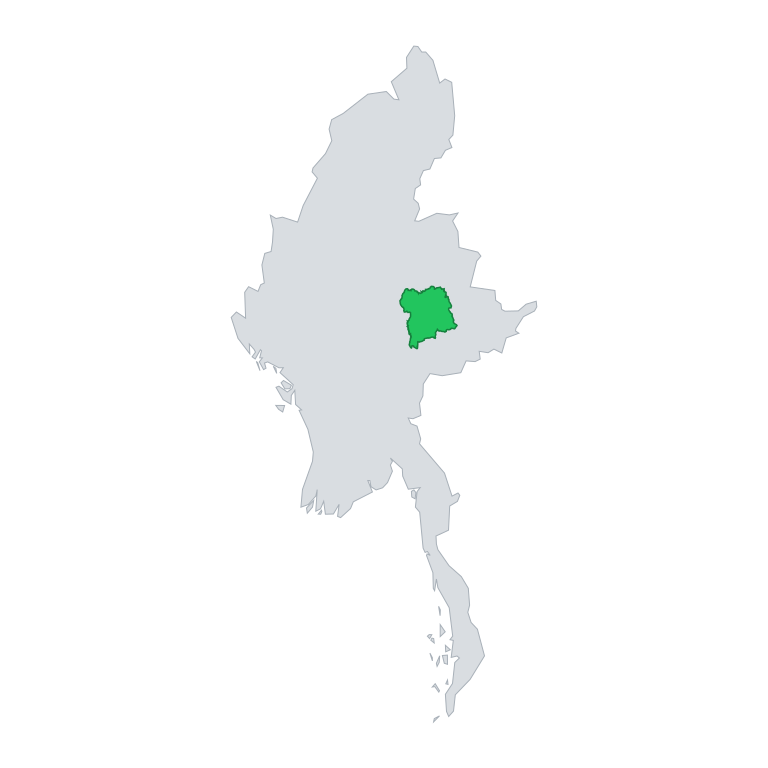 Loilen, Shan, Myanmar (highlighted)
{"feature_id": "60261553B60770274813160", "entity_name": "Loilen", "entity_type": "district", "adm_level": 2, "iso_a3": "MMR", "parent_name": "Myanmar", "parent_adm1": "Shan", "projection": "mercator", "projection_center": [97.755, 21.29], "detail": "fine", "context": "in_parent", "style": "filled", "palette": "green", "viewbox_px": 768, "rotation_deg": 0, "n_neighbors": 0, "source": "geoboundaries", "source_scale": "gbopen_adm2", "svg_char_len": 9401}
<svg xmlns="http://www.w3.org/2000/svg" viewBox="0 0 768 768"><path d="M501.8,353.0L493.9,349.1L488.1,352.7L479.2,351.3L480.2,359.1L475.1,361.6L466.1,360.9L460.8,372.7L442.2,375.7L430.0,373.6L423.3,384.0L422.9,395.9L419.5,403.1L420.9,415.4L413.0,418.7L408.2,418.0L410.8,423.7L417.0,426.1L420.7,438.9L419.5,443.8L444.5,473.1L452.0,496.1L458.0,493.0L459.8,495.3L457.4,501.4L449.7,506.0L448.5,530.2L436.0,536.0L436.4,544.0L437.9,549.7L449.0,565.7L461.3,576.6L468.3,588.3L469.6,605.2L467.8,612.3L471.1,622.5L477.4,629.2L484.5,655.9L470.1,679.4L455.3,694.8L453.5,711.1L448.7,716.5L446.5,711.4L445.4,694.3L452.5,683.5L454.8,662.5L459.4,658.0L457.0,656.0L451.2,657.4L453.3,640.4L450.0,639.7L452.7,636.1L449.2,607.7L437.9,587.7L436.4,579.0L434.6,590.7L433.3,588.4L432.9,572.7L426.5,555.4L427.1,553.9L430.2,555.4L427.4,551.5L425.1,552.4L423.1,548.1L419.7,512.2L415.4,507.1L417.1,491.6L420.2,487.6L408.3,489.2L402.7,476.1L402.3,468.9L390.4,458.0L392.4,461.4L390.4,465.0L392.4,471.2L387.5,482.6L382.6,487.8L376.1,489.9L371.0,486.7L369.9,480.6L367.8,480.5L372.4,492.0L353.3,501.8L350.5,508.6L340.6,517.6L337.6,516.4L339.1,504.3L333.4,514.0L325.4,514.2L323.7,501.3L320.5,508.8L315.8,511.2L317.2,489.6L315.9,495.9L308.3,504.5L300.9,507.2L302.5,489.4L312.5,461.3L313.3,452.0L307.9,429.3L299.1,410.3L301.6,409.9L295.6,404.5L294.8,390.3L291.3,395.4L290.9,404.2L283.2,399.7L276.0,387.3L278.9,386.2L287.3,392.0L292.0,388.7L293.2,384.7L280.0,372.6L283.3,367.7L279.0,367.8L267.7,361.9L264.5,363.0L266.0,368.2L263.6,369.6L259.3,361.8L262.4,357.9L259.7,357.8L261.5,350.8L260.4,349.7L255.2,359.0L252.1,356.8L255.5,352.1L254.1,349.4L249.3,344.0L249.8,353.8L238.0,338.4L231.2,317.4L236.4,312.0L245.6,318.2L244.7,292.3L248.6,286.7L258.0,291.4L260.7,284.7L264.3,283.0L261.9,265.0L264.8,253.4L271.1,251.5L272.5,242.1L273.3,229.3L270.3,215.1L276.0,218.5L282.5,217.2L297.6,222.1L303.2,205.5L317.4,178.2L312.1,171.9L313.0,168.0L325.5,153.6L331.8,140.7L329.1,129.1L331.7,119.6L343.1,113.5L367.9,94.2L386.3,91.5L393.9,99.1L398.9,99.8L391.3,81.7L406.9,68.2L406.5,57.4L413.8,46.1L417.9,46.5L421.7,52.0L425.7,52.0L432.9,60.3L439.7,83.1L445.0,79.0L451.7,82.3L454.7,115.7L452.9,135.1L448.8,139.5L451.9,147.5L445.4,150.3L440.9,157.9L434.4,158.5L429.9,169.0L423.4,170.6L419.8,178.7L420.6,184.9L415.3,188.5L413.6,199.1L418.2,203.3L419.6,208.9L414.7,220.8L418.8,221.3L436.8,213.3L449.4,214.9L458.0,213.0L452.6,221.0L457.9,231.5L459.0,247.5L477.8,252.1L480.9,256.1L476.7,261.1L470.2,286.9L494.9,290.5L495.7,300.4L500.9,304.0L501.6,309.4L505.0,311.2L518.3,310.9L526.1,304.2L536.2,301.2L536.8,306.8L534.5,311.0L523.4,316.7L515.9,328.4L515.5,331.0L518.9,333.2L506.2,337.9L501.8,353.0ZM283.5,380.5L291.4,385.2L289.9,388.7L284.9,388.9L281.1,382.8L283.5,380.5ZM440.2,624.6L445.2,631.8L440.2,636.6L440.2,624.6ZM282.7,412.0L278.6,409.3L275.8,405.4L284.6,405.5L282.7,412.0ZM447.4,655.1L447.5,664.3L444.3,663.3L442.4,655.5L447.4,655.1ZM312.5,507.1L307.3,513.2L306.5,508.0L313.7,500.5L312.5,507.1ZM415.1,498.8L411.8,497.0L411.4,491.4L413.9,489.9L415.9,492.6L415.1,498.8ZM437.1,666.4L436.4,663.3L439.7,655.8L439.2,662.4L437.1,666.4ZM435.2,683.7L439.5,690.7L438.8,692.1L434.8,686.6L432.3,687.0L435.2,683.7ZM450.3,649.8L445.7,651.8L445.4,645.3L450.3,649.8ZM439.5,715.9L433.6,721.9L434.3,718.6L439.5,715.9ZM257.8,362.8L260.0,370.7L256.3,361.4L257.8,362.8ZM440.3,609.9L440.1,615.7L438.6,606.3L440.3,609.9ZM275.9,368.4L276.7,373.4L273.3,366.3L275.9,368.4ZM434.2,643.0L430.8,640.2L432.0,638.1L433.7,638.6L434.2,643.0ZM431.8,634.7L429.6,638.6L427.4,636.2L429.2,634.6L431.8,634.7ZM432.3,657.6L432.4,660.9L429.9,653.1L432.3,657.6ZM320.7,514.2L318.3,514.1L321.5,510.2L321.8,511.6L320.7,514.2ZM448.0,684.4L445.8,683.8L447.5,680.0L448.0,684.4Z" fill="#d9dde1" stroke="#a8b0b8" stroke-width="1"/><path d="M446.2,331.1L446.2,330.9L446.5,330.4L446.5,329.9L446.7,329.7L447.5,329.5L448.1,329.6L448.8,329.8L449.1,329.8L449.4,329.6L450.3,329.4L451.0,328.5L451.4,328.6L451.7,328.3L451.8,328.2L452.3,328.4L453.0,328.4L453.4,328.6L454.5,328.8L454.7,328.7L455.0,328.4L455.3,327.7L455.8,327.1L455.8,326.9L456.3,326.5L457.0,325.6L456.8,325.2L456.4,324.7L454.9,323.9L454.2,323.4L453.6,322.7L453.6,322.4L453.4,322.2L453.3,321.9L453.5,321.4L453.4,320.7L453.7,320.4L453.5,320.2L453.7,319.7L453.3,319.1L453.0,318.2L452.7,317.7L452.7,317.3L452.5,317.2L452.2,316.8L452.2,316.5L452.0,316.2L452.3,315.8L452.0,315.0L452.2,314.4L452.2,314.2L451.6,313.4L450.8,313.2L450.4,312.6L450.1,311.8L449.8,311.8L448.8,310.0L448.6,309.2L448.7,308.3L448.9,308.1L449.6,308.0L450.0,307.8L450.9,307.9L451.5,306.0L451.2,305.6L451.2,305.4L451.0,305.0L450.9,304.5L450.3,303.6L450.1,303.0L449.5,302.3L449.2,301.8L448.9,301.0L449.0,300.2L448.9,299.6L448.7,299.2L448.4,299.2L448.3,298.9L448.2,297.6L448.0,296.7L447.4,296.6L447.3,296.8L447.1,296.8L446.7,296.6L446.4,297.0L446.1,297.0L445.7,297.4L445.4,297.4L445.3,297.0L445.1,296.9L445.2,296.7L445.6,295.8L445.6,295.5L445.8,295.5L446.3,295.1L445.9,294.7L445.8,294.4L445.9,294.2L446.1,293.0L446.0,292.4L445.7,292.1L445.4,292.2L445.2,292.0L444.9,292.0L444.8,291.8L444.5,291.8L444.4,291.6L444.2,291.6L444.0,291.3L444.3,291.2L444.1,290.9L444.2,290.6L443.7,290.1L443.7,289.9L444.2,289.8L443.9,289.1L444.0,288.8L442.7,289.1L442.1,288.8L441.9,289.1L441.7,289.2L441.3,288.4L441.0,288.3L440.4,287.3L440.2,287.1L439.7,287.4L439.1,287.5L437.2,287.8L436.9,288.0L436.4,287.9L435.6,288.8L434.5,289.1L434.5,288.3L434.4,288.0L434.4,287.6L433.8,286.8L433.2,286.5L432.4,286.5L431.8,286.3L431.4,286.5L431.1,286.5L430.7,287.1L430.3,287.2L430.2,287.7L430.1,288.0L429.6,288.5L429.3,288.5L429.0,288.7L428.9,288.7L428.6,288.6L428.3,288.8L428.2,289.1L427.7,289.3L427.4,289.2L426.8,289.5L426.7,289.4L426.4,289.4L426.5,289.5L426.2,289.7L425.9,289.6L425.5,290.2L425.3,290.2L425.3,290.5L424.8,291.1L424.6,291.0L424.3,291.3L423.4,291.4L423.1,290.8L422.8,290.9L422.6,291.1L422.4,291.4L422.0,291.7L422.1,292.1L422.3,292.1L422.3,292.5L422.0,292.5L421.4,292.0L421.6,292.6L421.4,292.8L421.2,292.8L420.8,293.4L420.5,293.4L420.4,293.2L420.1,293.3L419.6,293.0L419.2,293.1L418.8,292.7L418.5,292.8L418.4,293.1L418.2,292.4L417.5,292.3L417.6,292.1L417.4,291.9L417.3,291.7L417.0,291.6L416.8,291.1L415.5,291.0L415.2,290.8L414.9,290.9L414.7,290.3L414.4,289.9L413.5,289.2L412.8,289.2L412.1,289.0L411.7,289.2L411.2,289.6L411.3,289.6L411.1,289.8L411.0,290.0L411.0,290.6L410.5,290.5L410.1,290.1L409.7,290.5L408.8,290.4L408.6,290.2L408.2,290.3L408.2,289.6L407.6,288.8L406.9,288.9L406.5,288.8L405.7,289.1L404.9,290.1L404.6,290.9L404.3,291.3L404.3,292.0L404.2,292.4L403.7,292.8L402.7,293.9L402.4,294.9L402.0,295.5L402.2,296.3L402.0,297.0L401.9,298.2L401.7,298.6L401.0,299.1L400.9,299.6L400.7,299.6L400.6,299.8L400.6,300.0L400.0,300.6L400.0,301.3L400.2,302.5L400.3,303.8L401.0,305.3L401.4,305.7L401.7,306.4L402.1,306.7L402.6,307.2L402.8,307.1L403.1,307.3L403.2,307.6L403.5,307.7L403.6,308.0L404.0,309.3L404.0,310.2L403.8,310.4L404.2,311.9L404.8,312.1L405.4,311.8L406.0,311.9L406.4,311.7L406.9,311.2L407.2,311.6L408.0,312.5L409.4,312.1L409.8,312.1L410.1,312.6L410.5,312.8L410.4,313.3L410.6,313.9L410.5,314.4L410.7,314.9L410.5,315.7L410.6,316.1L410.4,317.1L409.8,317.9L409.3,318.9L409.1,319.1L409.0,319.4L409.1,320.1L408.5,320.6L407.9,320.9L408.1,321.0L408.1,321.3L407.9,321.4L407.9,321.6L407.6,321.4L407.7,321.8L407.3,322.4L407.3,322.6L407.4,322.9L407.2,323.0L407.2,323.3L407.4,323.2L407.4,323.4L407.3,323.6L407.5,323.7L407.5,323.9L407.6,324.1L407.5,324.6L407.7,324.8L407.6,325.2L407.9,325.5L407.8,325.8L407.6,326.0L407.8,326.0L407.7,326.1L407.8,326.5L408.0,326.6L408.1,326.9L407.8,327.1L408.0,327.3L408.1,328.1L408.4,328.1L408.5,328.4L408.4,329.0L408.5,329.3L408.2,329.3L408.0,329.1L408.0,329.4L408.1,329.8L408.6,330.1L408.7,330.9L408.9,330.9L408.9,331.0L409.0,331.1L409.1,331.3L409.2,331.8L408.9,332.0L409.0,332.2L409.0,332.6L409.4,332.6L409.5,332.8L409.2,332.8L409.3,333.0L409.1,333.2L409.0,333.8L409.4,334.4L409.7,334.5L409.9,334.7L410.3,334.5L410.5,334.3L410.5,334.7L410.8,335.3L410.7,335.6L411.0,335.9L411.1,336.4L410.9,336.3L410.7,336.6L410.9,337.0L410.8,337.6L410.6,337.9L410.7,338.2L410.5,338.4L410.6,338.6L410.5,338.9L410.4,339.0L410.2,340.7L409.7,341.9L409.9,342.5L409.6,342.9L409.5,343.5L409.5,344.1L409.2,344.9L409.7,345.5L410.1,346.6L410.7,347.4L410.9,347.4L411.1,347.9L411.5,348.0L411.7,347.5L411.7,347.1L411.9,346.7L412.0,346.4L411.8,346.1L412.0,345.8L412.4,345.8L412.7,345.7L413.1,345.8L413.8,346.3L413.8,346.8L413.9,347.0L415.9,348.1L416.4,348.5L417.1,348.6L417.4,348.4L417.4,347.7L417.6,347.3L417.4,346.7L417.5,346.5L417.2,346.5L417.1,346.3L417.5,345.9L417.8,344.3L417.8,343.5L417.7,343.0L417.8,341.9L418.0,342.0L418.7,341.8L419.0,342.1L419.3,342.1L419.9,341.7L420.8,341.7L421.0,341.5L421.8,341.4L422.9,340.8L423.1,340.5L424.1,340.3L424.1,339.6L424.2,339.4L424.2,339.1L424.5,338.7L425.4,338.5L426.4,338.2L427.2,338.2L427.8,337.8L428.1,337.8L428.4,338.1L430.1,337.9L430.5,337.5L431.5,337.2L432.8,337.1L433.3,337.2L433.5,337.5L434.1,337.7L434.2,337.8L434.2,338.0L435.2,338.3L435.5,337.7L435.3,337.1L435.3,336.8L435.2,336.1L435.8,334.8L435.8,334.3L435.6,333.7L435.6,333.3L435.4,333.0L435.4,332.8L435.8,332.1L436.5,331.1L436.6,330.7L436.8,330.5L437.1,330.3L437.4,329.3L437.6,329.5L437.7,330.1L438.2,330.3L438.2,330.5L438.4,330.7L439.0,330.7L439.1,331.0L439.3,331.0L439.8,331.1L440.1,330.9L440.6,330.9L441.0,331.0L441.3,331.3L441.7,331.4L442.7,331.5L443.1,331.4L443.5,331.5L444.7,332.0L445.0,331.7L445.5,331.8L445.7,331.2L445.9,331.0L446.2,331.1Z" fill="#22c55e" stroke="#15803d" stroke-width="1.5"/></svg>